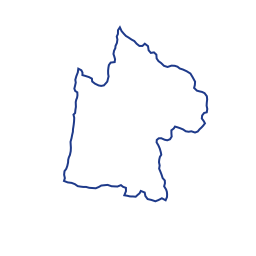 outline of Cambuquira, Minas Gerais, Brazil, rotated 133°
{"feature_id": "56859067B90091255319070", "entity_name": "Cambuquira", "entity_type": "district", "adm_level": 2, "iso_a3": "BRA", "parent_name": "Brazil", "parent_adm1": "Minas Gerais", "projection": "natural_earth1", "projection_center": [-45.262, -21.856], "detail": "fine", "context": "isolated", "style": "outline", "palette": "blue", "viewbox_px": 256, "rotation_deg": 133, "n_neighbors": 0, "source": "geoboundaries", "source_scale": "gbopen_adm2", "svg_char_len": 2401}
<svg xmlns="http://www.w3.org/2000/svg" viewBox="0 0 256 256"><g transform="rotate(133 128 128)"><path d="M210.4,138.7L208.9,135.0L206.6,131.8L205.3,128.6L204.8,125.1L203.2,122.7L201.6,120.5L199.7,118.5L198.2,115.6L196.1,113.0L194.1,110.5L191.0,109.1L188.3,108.3L186.0,106.3L183.5,104.1L181.8,100.3L180.2,98.4L178.0,95.8L174.6,94.2L174.4,91.5L173.2,88.7L175.6,86.4L179.7,84.8L178.1,82.4L176.7,79.9L174.8,77.8L173.0,75.5L170.3,75.3L167.9,75.0L165.3,75.7L163.8,71.8L165.9,68.9L166.6,65.2L164.7,61.9L162.9,58.0L160.0,56.6L156.3,55.3L155.2,51.2L151.9,52.4L149.9,54.1L148.2,56.0L147.0,58.2L146.0,61.8L143.2,63.3L141.3,65.3L141.0,68.5L139.2,71.7L137.7,74.8L136.5,77.5L133.8,79.3L131.9,82.0L129.8,83.6L127.3,85.0L124.9,85.4L123.4,87.4L121.4,90.7L120.0,93.9L119.0,97.3L117.1,98.8L114.6,98.5L112.8,96.7L111.6,93.2L110.2,90.9L107.6,89.6L104.5,90.2L102.5,92.4L100.1,94.7L97.2,94.2L94.9,94.6L93.7,92.2L92.6,89.7L91.5,86.8L91.0,83.5L89.4,81.1L87.2,79.4L85.6,75.9L83.0,74.6L80.1,74.8L77.6,74.6L75.1,74.6L72.1,74.9L71.3,77.3L70.7,80.5L68.3,82.3L65.1,82.6L62.8,81.1L60.0,83.0L58.1,85.7L55.8,87.6L53.1,89.6L51.0,92.0L50.3,95.8L51.1,98.4L52.4,100.6L53.7,103.1L53.6,107.0L51.0,108.4L48.4,110.5L46.8,115.3L45.6,119.5L46.5,123.9L47.8,127.8L49.2,130.8L49.4,133.6L50.6,136.2L52.7,138.7L56.4,140.7L58.0,144.1L57.9,148.0L58.3,151.3L57.6,154.5L55.0,157.3L55.0,160.6L57.5,162.5L57.1,165.9L54.5,169.2L54.9,173.2L58.1,173.4L60.2,175.6L60.5,179.2L60.1,182.7L60.9,185.7L61.5,189.5L62.1,192.3L61.9,195.4L61.5,198.8L59.9,202.6L63.3,202.0L66.1,199.5L68.8,198.6L70.5,196.1L73.4,194.1L76.5,193.1L78.3,191.7L81.0,190.9L83.8,189.1L85.0,186.9L86.5,184.4L88.9,182.7L92.0,185.3L95.0,184.9L97.2,183.5L99.6,181.7L102.0,179.4L103.5,177.4L105.5,176.3L108.2,174.8L110.9,174.7L113.3,174.7L115.5,176.3L116.9,178.5L118.1,182.4L118.4,185.9L116.5,188.1L117.4,191.3L119.0,194.7L120.4,197.4L118.5,199.1L117.6,201.5L118.5,204.8L121.6,202.6L125.4,201.1L128.7,199.4L130.4,197.2L133.1,195.6L135.8,194.1L136.9,191.9L136.5,189.4L138.5,187.3L140.6,185.9L142.7,185.1L144.7,183.9L146.3,182.3L148.1,180.5L150.5,178.9L153.1,176.9L155.4,177.0L157.2,174.3L159.9,172.0L162.3,170.2L164.6,168.6L166.4,167.4L168.4,165.7L171.2,164.1L173.9,162.4L177.3,160.6L179.6,158.2L181.4,156.3L184.0,154.1L187.3,152.1L189.9,151.2L192.1,150.0L194.1,148.3L197.2,146.5L200.0,145.3L202.9,145.0L205.8,142.8L207.7,140.0L210.4,138.7Z" fill="none" stroke="#1e3a8a" stroke-width="2"/></g></svg>